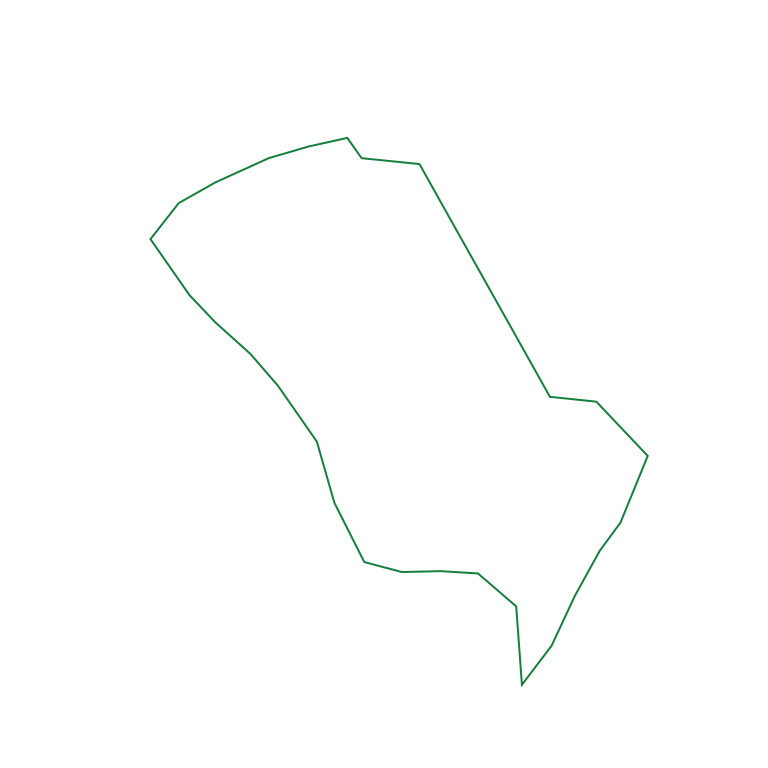 outline of Perivolia Trikomou, Cyprus, rotated 115°
{"feature_id": "46923920B19952645693487", "entity_name": "Perivolia Trikomou", "entity_type": "district", "adm_level": 2, "iso_a3": "CYP", "parent_name": "Cyprus", "parent_adm1": "", "projection": "natural_earth1", "projection_center": [33.915, 35.283], "detail": "fine", "context": "isolated", "style": "outline", "palette": "green", "viewbox_px": 768, "rotation_deg": 115, "n_neighbors": 0, "source": "geoboundaries", "source_scale": "gbopen_adm2", "svg_char_len": 550}
<svg xmlns="http://www.w3.org/2000/svg" viewBox="0 0 768 768"><g transform="rotate(115 384 384)"><path d="M409.7,111.1L337.7,114.6L310.3,184.1L325.5,228.2L288.2,280.0L257.9,322.2L235.0,354.0L214.7,382.3L169.7,444.8L188.8,499.7L176.5,521.3L200.5,552.6L228.0,583.9L272.6,622.1L306.8,646.5L351.4,656.9L385.7,597.8L399.4,563.0L413.2,517.8L430.3,479.6L464.6,420.5L512.6,378.8L553.7,326.6L546.9,288.4L529.7,253.6L516.0,218.8L529.7,170.2L598.3,131.9L550.3,121.5L495.4,121.5L444.0,118.0L409.7,111.1Z" fill="none" stroke="#15803d" stroke-width="2"/></g></svg>